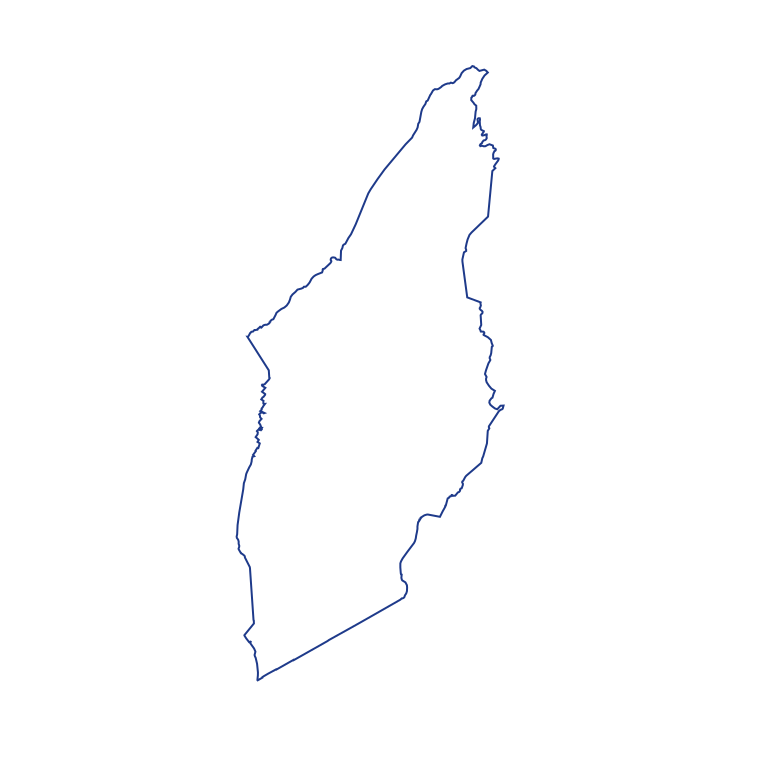 outline of Indaparapeo, Michoacán, Mexico, rotated 215°
{"feature_id": "50627088B97611620595529", "entity_name": "Indaparapeo", "entity_type": "district", "adm_level": 2, "iso_a3": "MEX", "parent_name": "Mexico", "parent_adm1": "Michoacán", "projection": "equal_earth", "projection_center": [-100.938, 19.76], "detail": "fine", "context": "isolated", "style": "outline", "palette": "blue", "viewbox_px": 768, "rotation_deg": 215, "n_neighbors": 0, "source": "geoboundaries", "source_scale": "gbopen_adm2", "svg_char_len": 6143}
<svg xmlns="http://www.w3.org/2000/svg" viewBox="0 0 768 768"><g transform="rotate(215 384 384)"><path d="M509.4,656.0L511.5,654.6L512.2,652.5L511.8,648.2L511.9,647.4L510.8,641.3L511.5,639.7L510.7,637.1L510.7,633.8L510.4,631.0L509.5,628.3L505.3,619.1L505.2,616.8L503.6,613.4L503.1,610.9L502.8,604.3L502.3,602.0L503.8,592.7L506.6,560.1L506.8,548.3L506.6,536.0L506.2,531.1L498.8,498.7L496.9,487.7L496.9,483.3L496.1,476.7L496.8,475.4L497.1,474.0L496.1,471.5L495.7,468.6L490.6,460.7L491.7,460.1L492.5,459.9L493.6,459.0L494.8,458.9L496.3,459.4L496.8,459.3L498.4,458.5L499.3,457.4L499.4,456.3L499.1,455.5L498.8,455.0L497.8,454.6L497.4,454.1L497.3,453.0L497.3,452.2L498.9,444.4L500.0,443.1L499.8,442.4L499.4,442.1L498.7,439.9L501.4,435.8L502.5,433.9L503.3,431.7L503.7,428.7L503.2,424.8L503.2,423.5L503.4,421.0L503.9,418.8L505.4,417.7L505.5,416.3L506.4,414.8L509.0,411.7L509.4,408.5L510.3,404.9L510.4,402.0L509.4,399.1L508.7,396.2L508.7,392.5L509.5,389.5L511.1,386.6L512.4,382.7L512.9,380.7L512.4,378.3L511.8,373.6L512.7,372.4L513.2,370.7L512.8,369.7L513.2,368.9L512.8,368.3L512.8,367.9L513.7,365.7L514.5,364.9L515.3,364.4L516.4,362.9L516.8,359.8L517.4,359.6L518.1,360.0L518.3,359.9L518.7,357.5L519.0,357.0L518.8,355.9L519.4,355.5L520.1,354.5L521.1,353.9L521.4,351.8L522.6,350.7L522.7,349.3L522.9,348.8L522.6,347.2L522.5,344.5L522.9,344.3L486.2,329.1L481.3,323.0L481.0,323.1L480.8,321.9L481.6,315.5L482.4,314.2L483.4,313.7L483.4,313.1L482.6,312.6L479.0,312.8L479.5,307.7L475.7,307.6L475.6,307.2L475.2,307.0L475.3,304.4L475.8,303.3L475.7,301.0L472.3,301.1L473.0,300.8L471.6,298.8L470.7,298.9L470.1,299.4L470.2,296.1L470.0,295.4L470.2,293.7L469.5,292.9L469.8,290.9L465.2,291.7L465.7,291.0L467.4,291.0L468.1,290.2L468.8,288.7L468.8,287.5L468.0,287.3L467.2,286.6L466.3,285.6L464.3,285.2L464.7,282.2L464.5,281.4L464.5,281.1L464.3,280.5L462.2,279.8L460.4,278.6L460.7,275.9L460.0,275.6L459.8,277.5L458.8,278.1L458.7,277.3L458.1,276.8L458.3,275.6L459.3,275.7L459.6,275.0L460.7,274.7L461.1,272.8L461.1,272.5L459.7,272.1L458.7,270.3L458.7,266.9L454.5,266.4L454.4,264.0L451.7,264.1L450.2,259.4L451.1,259.1L451.0,255.7L450.5,255.5L450.6,250.8L448.9,250.4L450.0,249.0L449.0,246.3L448.0,244.6L446.9,241.7L446.6,238.4L445.6,232.7L445.2,231.1L443.0,226.3L441.9,222.4L438.9,217.0L428.9,195.8L423.0,184.4L418.1,176.7L417.2,174.5L416.2,173.5L414.2,172.8L412.7,171.6L411.4,169.7L409.8,168.5L409.2,167.5L408.7,165.7L408.3,165.3L404.7,163.6L404.4,163.7L403.9,163.3L402.6,163.5L399.9,163.3L399.2,163.0L398.4,162.1L389.0,157.1L388.1,156.2L355.5,115.8L355.0,115.6L353.2,113.2L354.3,98.2L354.1,97.9L351.0,96.6L346.5,95.2L345.6,96.4L345.3,96.4L344.9,95.0L338.7,92.8L335.8,91.0L334.6,87.8L333.4,86.8L332.2,86.2L327.5,82.0L321.8,75.4L320.2,73.0L317.9,68.9L317.5,68.8L315.2,73.7L315.5,74.0L315.0,75.4L312.7,80.4L308.7,88.4L308.4,88.3L300.1,105.7L299.9,105.4L299.8,105.5L282.9,140.9L282.4,142.2L282.4,142.4L266.9,174.4L246.9,216.7L246.5,218.5L246.2,218.6L245.3,219.9L245.2,220.4L245.1,221.2L245.6,222.8L245.7,225.3L246.4,227.5L248.3,230.5L249.8,232.3L252.7,233.8L256.3,233.6L257.1,233.9L258.6,235.2L260.2,238.0L260.8,237.8L261.7,238.6L265.4,243.1L267.7,246.4L268.3,248.3L268.7,251.8L268.6,259.8L268.2,271.0L268.5,273.0L269.4,275.7L270.7,278.3L272.1,281.6L273.5,284.5L274.9,286.5L276.8,290.4L276.8,290.9L276.6,291.2L277.1,292.8L276.7,292.8L276.8,294.1L277.0,294.2L276.8,296.0L277.1,296.0L275.6,299.6L274.2,301.4L273.3,302.2L262.0,307.3L262.9,313.3L263.4,318.3L263.5,318.3L264.0,319.6L263.7,320.0L266.2,326.8L265.5,328.2L265.7,329.4L264.9,330.2L264.9,331.9L264.3,332.2L263.7,331.7L261.6,333.4L261.3,337.5L260.5,338.8L260.5,340.3L261.1,340.9L261.3,341.8L261.3,342.2L260.6,342.9L260.6,343.4L261.5,346.5L262.1,347.5L263.6,348.3L263.8,348.7L263.9,349.3L263.6,350.1L264.1,354.3L264.0,356.0L259.1,375.2L260.9,379.6L261.2,381.5L265.6,394.4L272.1,405.1L272.3,408.1L273.4,408.8L273.8,409.5L274.3,427.6L273.7,429.7L272.9,430.8L272.6,431.9L273.7,434.9L276.1,433.0L276.7,428.3L279.0,427.6L282.4,427.7L285.0,428.0L287.0,429.1L287.9,430.9L287.8,433.9L287.3,435.0L288.6,438.8L289.2,442.0L293.4,441.8L297.1,442.8L300.9,444.3L302.7,445.8L303.5,447.0L304.0,448.6L307.0,450.1L308.3,453.7L310.3,460.8L310.6,464.5L311.0,465.0L312.1,465.6L312.8,466.6L313.1,468.7L313.9,470.8L317.0,476.3L317.0,476.7L316.7,477.2L316.9,477.8L319.1,479.2L321.7,481.4L325.8,481.9L330.5,481.3L330.9,481.7L330.9,482.9L331.2,483.5L331.7,483.8L332.5,483.9L334.8,482.5L335.8,483.3L337.2,484.0L337.5,484.2L338.2,488.1L344.3,495.8L344.4,496.6L344.1,498.0L344.1,498.7L344.7,499.7L345.9,500.1L347.4,500.1L348.7,500.5L349.1,501.0L349.2,502.2L349.7,503.9L351.2,505.3L351.6,506.3L365.5,502.7L389.9,529.2L391.2,530.9L394.0,537.7L393.0,540.1L393.8,541.2L395.0,542.0L395.3,542.5L397.0,546.5L398.4,550.3L399.5,555.2L399.2,558.3L394.8,580.8L417.4,620.6L416.6,624.7L418.3,625.0L418.7,625.3L418.8,627.6L418.7,632.6L419.0,633.9L419.3,634.4L420.2,634.1L421.4,633.1L422.9,631.5L423.9,631.4L426.3,634.7L426.8,636.1L427.1,638.2L426.6,638.9L426.6,639.6L427.0,640.3L427.6,640.6L429.8,640.0L431.6,641.8L435.1,640.9L436.3,639.1L437.3,637.0L438.5,636.0L440.4,635.4L441.5,634.1L442.4,634.5L442.5,635.9L441.9,637.6L442.2,638.3L442.1,640.6L441.1,641.7L440.7,642.9L440.9,644.4L441.9,645.4L442.6,646.8L443.0,647.4L443.5,647.1L444.4,645.6L445.4,644.4L446.0,643.9L446.7,644.1L447.0,644.5L447.0,648.0L447.2,648.4L449.8,648.0L450.5,648.1L451.1,648.5L452.3,649.9L453.8,651.0L456.4,654.3L456.9,655.5L457.9,656.6L458.8,656.1L459.3,655.3L459.3,654.5L457.5,652.6L456.8,651.4L457.1,648.6L458.0,645.3L460.2,649.3L461.9,653.9L465.2,659.7L466.1,662.2L468.1,664.9L470.5,665.1L471.9,665.7L475.4,666.6L476.7,668.7L476.5,669.5L476.8,670.6L476.5,671.3L475.7,671.5L475.3,672.4L475.2,673.4L475.9,674.8L476.0,677.8L475.8,679.8L476.3,682.5L476.8,684.9L477.7,686.4L478.5,690.4L478.6,694.4L477.6,698.7L479.9,699.2L482.2,699.0L485.4,695.2L487.4,695.3L489.4,695.7L491.5,695.3L492.4,695.7L494.0,695.1L494.5,692.3L497.0,689.4L498.3,686.5L498.7,683.2L498.0,679.4L498.0,677.8L499.3,673.9L499.3,672.6L499.7,670.7L500.3,669.8L502.1,669.2L502.7,667.8L504.0,666.9L505.1,665.5L506.0,664.2L507.3,661.5L507.5,660.1L508.6,657.1L509.4,656.0Z" fill="none" stroke="#1e3a8a" stroke-width="2"/></g></svg>